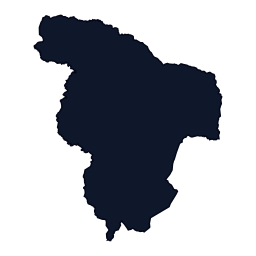 the district of Meluco, Cabo Delgado, Mozambique, rotated 90°
{"feature_id": "85939544B29216683074298", "entity_name": "Meluco", "entity_type": "district", "adm_level": 2, "iso_a3": "MOZ", "parent_name": "Mozambique", "parent_adm1": "Cabo Delgado", "projection": "natural_earth1", "projection_center": [39.629, -12.461], "detail": "fine", "context": "isolated", "style": "filled", "palette": "ink", "viewbox_px": 256, "rotation_deg": 90, "n_neighbors": 0, "source": "geoboundaries", "source_scale": "gbopen_adm2", "svg_char_len": 5774}
<svg xmlns="http://www.w3.org/2000/svg" viewBox="0 0 256 256"><g transform="rotate(90 128 128)"><path d="M217.5,158.4L219.1,153.9L219.4,151.0L219.8,150.0L222.3,149.5L225.5,149.7L229.6,146.9L230.6,147.1L233.9,149.4L238.0,149.1L238.8,148.6L239.2,148.0L240.0,148.4L239.8,147.6L240.3,146.8L240.2,146.1L240.6,145.9L240.5,145.3L239.4,144.9L237.4,142.9L235.7,142.6L234.4,143.1L232.7,141.7L231.6,142.1L230.2,139.8L229.7,137.8L225.1,135.5L224.1,136.0L223.3,136.0L221.6,135.0L220.9,134.1L221.8,133.7L224.3,131.4L229.0,128.1L229.6,128.0L229.9,127.5L229.5,126.8L229.3,125.2L228.4,123.9L228.3,123.2L228.8,122.0L229.9,121.0L230.7,119.2L230.7,117.9L231.4,116.0L231.1,112.8L231.8,111.9L227.5,106.5L226.7,106.3L223.5,106.7L217.7,105.6L206.8,87.2L206.3,86.8L203.7,85.9L194.3,80.1L191.3,78.6L190.1,79.4L189.8,81.5L189.4,82.3L185.2,84.6L183.7,86.9L182.7,87.8L181.0,88.3L180.1,90.5L178.7,89.8L174.4,86.4L170.0,84.0L164.2,83.5L161.0,82.7L159.2,81.8L152.5,79.8L144.2,76.8L142.9,76.0L142.0,73.9L140.0,73.9L139.3,73.6L137.7,72.1L137.1,70.0L135.2,68.8L135.1,68.2L135.4,67.0L136.6,65.3L136.9,64.0L135.5,58.5L135.9,56.2L135.7,54.2L136.2,53.7L135.6,52.7L136.6,51.9L136.4,51.4L136.1,51.3L136.1,50.3L136.9,49.3L138.5,48.4L138.4,47.1L139.7,46.3L139.0,44.9L139.2,44.5L139.1,43.1L139.7,42.2L139.5,41.1L139.7,40.0L138.7,38.8L138.7,37.0L135.2,37.6L132.8,36.7L131.8,36.7L130.8,37.7L129.6,38.1L128.6,39.1L127.4,38.3L125.0,37.8L123.5,38.4L120.5,38.0L119.3,37.5L118.2,37.6L117.3,37.2L116.1,35.7L109.1,36.5L105.5,35.5L103.8,34.7L99.8,35.3L96.8,34.3L95.9,35.2L94.5,35.3L94.1,35.8L93.9,37.0L93.3,37.4L92.8,37.5L91.3,36.8L90.0,36.9L88.0,38.4L87.0,39.6L85.7,40.2L84.9,41.0L82.8,40.0L81.1,40.1L80.4,40.4L79.9,41.4L79.2,41.7L76.3,41.3L74.5,42.0L74.0,43.7L72.4,46.1L72.8,47.7L73.3,48.6L73.1,50.3L71.9,51.2L71.4,52.0L71.6,54.4L70.3,55.9L69.8,58.4L69.4,59.0L68.4,59.4L67.4,61.6L67.1,64.5L66.5,65.8L66.4,67.1L65.3,69.0L64.4,73.2L64.0,74.3L63.9,75.1L65.2,76.6L65.6,77.6L65.2,79.0L64.6,79.8L64.6,80.9L64.2,81.4L64.5,82.9L64.1,87.0L63.5,88.6L64.2,90.9L65.2,92.3L65.2,92.8L61.7,95.4L60.6,97.1L59.7,97.5L58.4,99.0L57.3,101.8L55.9,103.1L52.8,104.8L51.5,106.4L49.0,107.9L46.7,108.8L44.4,112.2L42.8,113.5L42.7,115.7L40.2,119.9L40.4,121.5L39.2,122.6L36.4,122.9L35.6,124.2L35.1,125.5L35.1,126.5L34.5,127.4L34.7,129.5L34.4,131.2L35.0,132.1L35.1,132.8L34.2,134.0L35.1,135.2L35.0,136.5L34.3,137.2L33.1,137.3L32.2,138.1L31.0,137.9L28.8,138.3L28.1,139.5L27.9,141.0L28.6,142.9L28.5,143.5L27.9,144.0L26.2,144.1L25.4,145.1L25.3,146.1L25.7,147.8L25.1,149.0L25.3,151.1L24.2,152.1L23.5,153.6L22.7,153.5L21.9,153.9L22.3,154.8L21.9,155.1L21.5,155.0L20.7,155.8L21.2,156.6L21.0,157.5L20.5,157.8L20.2,157.4L19.8,158.2L20.6,160.5L20.0,160.9L19.9,162.0L20.2,162.5L19.8,163.3L20.5,163.6L20.8,165.0L20.4,166.3L21.4,167.3L21.2,167.8L21.9,169.3L21.0,170.0L21.3,172.3L21.1,173.6L20.7,173.8L20.6,175.2L20.2,176.3L20.6,177.0L20.4,178.1L19.8,178.5L17.5,182.2L17.1,182.0L16.9,182.4L17.5,184.4L17.5,185.7L18.4,186.6L18.6,187.7L17.8,188.5L17.6,189.4L16.7,191.0L16.8,193.0L15.5,194.3L15.4,195.7L16.2,198.6L17.0,200.4L17.0,201.7L17.6,203.4L18.7,205.2L18.5,205.7L17.6,206.6L16.6,207.1L16.6,208.1L16.1,208.8L15.9,210.0L17.2,211.1L17.9,213.0L21.2,213.9L22.2,214.8L27.5,216.6L34.5,216.4L36.7,213.5L39.2,212.5L40.7,212.5L41.5,212.9L41.9,213.6L42.2,216.8L42.7,218.1L45.0,220.2L45.4,221.0L45.8,220.9L46.0,221.7L46.3,221.7L46.7,221.3L47.4,221.4L47.6,220.6L48.1,221.0L48.5,220.9L48.5,219.7L49.7,218.5L49.7,217.9L50.7,217.7L50.6,216.9L51.4,216.7L51.5,216.1L52.2,216.3L53.0,215.4L53.4,215.7L55.0,215.5L56.7,214.7L57.5,215.2L58.9,214.2L59.1,213.5L59.9,212.8L60.3,211.8L60.0,211.2L60.4,210.5L61.4,209.8L61.8,208.7L61.7,207.7L60.7,206.8L60.6,205.8L60.8,205.3L60.5,204.2L61.0,203.4L61.0,202.5L61.5,200.8L62.2,200.1L62.5,199.2L63.2,198.9L63.2,198.2L62.8,197.7L63.1,197.1L62.8,195.6L63.1,194.9L64.0,194.3L63.3,193.3L63.7,192.0L62.5,191.1L62.2,189.8L62.5,189.6L62.7,190.0L63.0,190.0L62.8,188.5L63.1,187.7L65.0,188.2L65.9,187.9L66.1,187.5L65.2,187.0L65.7,185.3L66.4,185.3L67.1,184.7L68.2,185.3L68.5,185.1L68.7,183.2L69.6,182.5L70.3,181.4L71.2,181.4L71.1,180.4L71.9,180.5L72.4,180.2L72.6,180.4L72.8,181.7L72.0,182.9L73.3,184.3L75.5,185.0L76.1,186.4L77.2,186.8L78.4,186.8L79.2,187.8L80.5,188.2L80.6,189.6L81.8,189.0L83.2,189.3L83.5,190.0L85.3,191.3L86.6,190.9L87.2,189.7L88.1,190.5L89.4,189.2L89.7,188.5L91.3,188.4L92.6,191.0L94.5,192.7L94.8,192.6L97.0,189.6L97.3,189.5L97.9,190.2L97.9,191.6L99.2,193.2L100.3,195.4L101.2,195.5L102.1,194.8L104.9,194.2L107.7,194.1L112.2,196.6L112.9,197.8L114.0,198.2L114.5,198.9L115.9,199.5L116.6,199.4L118.0,197.7L119.1,199.0L119.9,199.2L121.3,198.4L121.8,197.3L127.3,198.4L129.2,197.3L130.5,197.6L131.6,197.4L132.4,197.9L133.8,196.9L134.8,195.9L135.1,194.8L136.3,194.1L136.8,193.0L138.2,192.7L138.7,192.0L139.6,191.8L140.2,190.4L140.2,189.7L141.0,189.1L141.3,188.1L142.3,187.8L143.1,188.4L143.5,188.2L144.1,187.3L143.9,186.4L143.4,185.8L143.7,185.2L144.4,185.1L145.1,185.6L145.6,185.4L145.7,184.1L144.3,181.8L144.3,181.1L145.0,179.6L144.8,179.0L143.8,178.2L144.9,177.7L147.9,173.3L148.5,173.2L149.2,174.0L149.9,174.6L150.3,174.5L150.4,173.5L150.0,172.8L150.4,171.9L151.8,171.8L152.5,170.4L152.3,168.8L151.4,168.1L151.3,167.5L153.7,164.8L154.5,163.4L155.2,163.3L156.8,164.4L158.1,164.5L158.4,164.4L159.1,163.4L161.2,163.3L161.7,164.8L162.0,165.0L163.4,164.4L165.9,165.1L166.9,165.9L170.0,170.9L173.5,171.5L175.6,172.4L177.0,172.5L178.4,171.5L182.3,171.3L185.5,170.3L186.5,170.8L187.5,172.2L188.4,172.1L188.9,171.3L189.7,171.0L192.3,170.7L193.8,170.8L196.3,171.7L197.1,170.3L198.9,169.0L200.7,168.4L201.6,168.5L202.1,168.1L202.7,168.2L203.7,167.6L204.9,164.5L205.7,163.7L205.9,162.3L207.0,161.9L207.5,161.0L209.2,160.8L210.3,161.3L211.6,161.3L213.8,160.5L214.6,160.8L216.0,158.8L217.5,158.4Z" fill="#0f172a" stroke="#020617" stroke-width="1.5"/></g></svg>